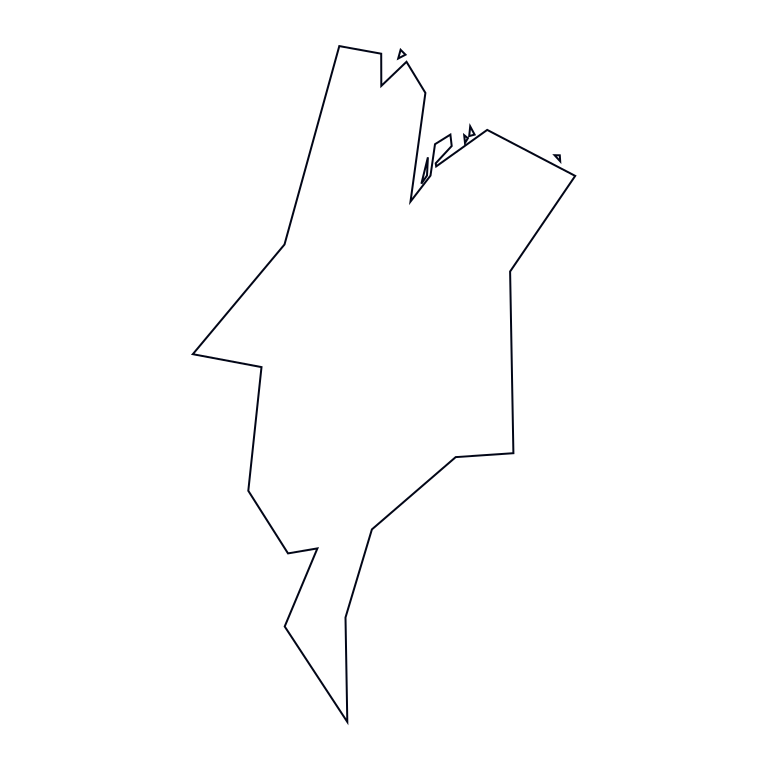 the border of Maranhão
{"feature_id": "BRA-593", "entity_name": "Maranhão", "entity_type": "State", "adm_level": 1, "iso_a3": "BRA", "parent_name": "Brazil", "parent_adm1": "", "projection": "equal_earth", "projection_center": [-45.076, -5.686], "detail": "coarse", "context": "isolated", "style": "outline", "palette": "ink", "viewbox_px": 768, "rotation_deg": 0, "n_neighbors": 0, "source": "natural_earth", "source_scale": "10m", "svg_char_len": 698}
<svg xmlns="http://www.w3.org/2000/svg" viewBox="0 0 768 768"><path d="M339.3,46.1L381.2,53.7L381.3,85.9L406.5,61.8L425.4,92.9L410.5,201.6L430.5,175.6L435.0,144.2L450.4,134.6L451.7,146.0L435.7,163.3L436.2,166.4L487.2,129.9L575.2,175.9L510.1,271.5L513.4,453.2L455.7,457.1L371.9,529.4L345.5,617.5L347.3,721.9L284.7,626.5L317.4,548.4L288.0,553.4L248.3,490.8L261.5,367.1L192.8,354.2L284.5,244.5L339.3,46.1ZM427.9,157.3L427.0,175.5L421.4,183.7L427.9,157.3ZM470.2,126.4L474.6,134.6L469.2,136.1L470.2,126.4ZM400.6,49.8L405.5,54.7L398.2,58.5L400.6,49.8ZM559.8,155.3L560.2,161.3L554.6,155.2L559.8,155.3ZM465.0,143.0L464.2,135.2L467.9,138.2L465.0,143.0Z" fill="none" stroke="#020617" stroke-width="2"/></svg>